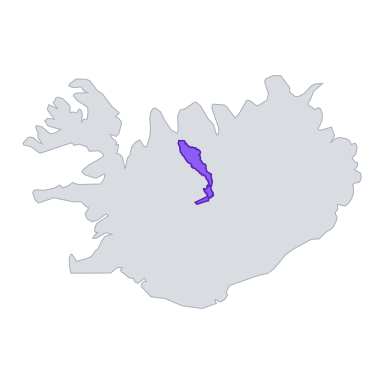 Akrahreppur, Norðurland vestra, Iceland shown in context
{"feature_id": "244011B74034306834774", "entity_name": "Akrahreppur", "entity_type": "district", "adm_level": 2, "iso_a3": "ISL", "parent_name": "Iceland", "parent_adm1": "Norðurland vestra", "projection": "orthographic", "projection_center": [-18.727, 65.238], "detail": "fine", "context": "in_parent", "style": "filled", "palette": "violet", "viewbox_px": 384, "rotation_deg": 0, "n_neighbors": 0, "source": "geoboundaries", "source_scale": "gbopen_adm2", "svg_char_len": 8638}
<svg xmlns="http://www.w3.org/2000/svg" viewBox="0 0 384 384"><path d="M295.0,96.4L298.4,96.5L303.9,93.7L311.5,85.8L314.8,84.0L322.5,83.5L313.6,91.3L310.5,99.4L308.1,103.4L308.3,105.1L315.2,109.5L318.3,107.7L319.8,108.3L321.2,110.4L322.4,114.9L322.1,119.6L320.4,124.4L318.1,128.5L318.5,129.7L320.7,130.2L331.6,127.1L333.3,132.7L334.4,134.6L334.2,136.5L330.2,143.0L335.2,138.7L339.2,137.4L346.5,138.8L349.5,140.8L351.5,144.6L355.0,143.1L356.7,145.2L357.0,147.5L355.9,154.2L352.0,157.8L354.9,162.3L357.0,162.3L357.5,163.3L357.5,166.2L354.5,169.7L360.2,172.9L361.0,174.2L361.0,178.5L360.2,180.9L358.7,182.5L354.8,183.0L352.5,184.7L353.5,187.3L353.3,194.4L350.6,200.5L347.9,203.8L345.2,206.0L337.2,204.3L337.8,209.3L335.2,212.6L335.9,215.1L337.0,216.4L336.7,219.7L333.5,226.8L331.0,229.2L326.1,232.2L319.0,238.9L311.4,239.3L293.3,249.1L286.1,254.3L273.4,269.3L267.9,273.3L258.4,275.4L229.7,285.5L226.5,291.2L226.3,292.5L227.6,294.6L225.5,298.7L221.1,301.7L219.0,301.7L215.4,299.3L214.9,300.4L216.4,303.4L202.1,308.5L182.3,305.8L164.9,298.5L151.0,296.8L141.5,286.8L141.3,285.2L142.4,282.3L146.0,281.2L144.4,278.1L138.3,283.1L136.4,282.9L134.0,280.7L134.0,278.7L129.1,277.8L120.9,271.2L120.3,269.8L122.4,267.8L122.1,267.4L117.5,267.5L110.6,273.0L71.2,273.2L70.0,270.1L69.1,258.8L70.7,254.2L72.3,254.7L76.5,261.3L87.2,258.4L91.6,256.2L95.8,250.3L98.2,248.5L101.7,240.9L105.1,236.3L111.8,234.3L106.0,232.7L95.9,238.4L92.6,238.3L94.3,235.6L97.8,232.7L95.5,232.4L94.7,231.0L94.7,228.1L96.7,223.5L108.5,215.8L105.9,214.1L97.7,220.0L91.8,221.9L87.2,218.8L85.2,214.7L85.5,213.1L88.5,208.3L88.1,207.3L86.2,206.7L81.4,201.8L73.4,201.8L53.8,197.8L38.5,203.0L35.1,199.8L32.7,193.2L33.5,190.8L36.2,189.7L43.4,190.4L54.3,188.3L59.5,185.0L61.3,186.0L62.1,187.9L68.8,185.6L72.5,182.6L78.3,184.5L100.5,184.0L103.6,179.9L105.0,174.9L104.5,173.9L96.2,178.1L94.4,177.9L85.1,174.9L81.9,172.0L83.1,169.8L88.4,165.3L101.4,157.9L103.2,156.4L103.5,154.5L98.7,150.8L89.2,151.3L87.1,147.1L79.4,144.2L74.1,145.4L71.5,142.8L40.0,153.3L30.5,146.5L23.5,144.9L23.0,143.0L27.7,137.8L30.6,137.0L33.4,137.8L38.4,142.2L42.1,143.7L37.9,137.6L38.1,132.0L36.8,130.5L35.7,126.7L36.4,125.5L41.9,126.8L50.3,133.8L54.8,133.0L60.7,129.4L48.2,126.1L44.7,120.8L47.7,118.4L54.2,119.2L47.6,110.0L47.4,108.4L48.9,104.7L57.7,108.7L53.3,103.2L53.3,102.1L54.7,101.2L55.7,98.1L58.1,97.1L62.5,98.5L69.2,104.9L70.1,106.7L70.0,112.7L72.9,112.0L76.2,113.0L79.2,109.1L81.1,110.2L82.3,114.0L81.6,122.0L83.8,119.3L87.1,119.3L88.0,112.7L87.7,107.3L77.2,100.5L73.3,95.8L73.9,94.3L76.1,93.1L87.4,92.7L82.7,89.8L81.7,87.0L73.2,87.5L68.9,86.1L68.9,84.7L70.8,82.8L76.2,79.0L86.0,79.3L89.9,80.7L96.9,90.2L102.8,94.3L112.4,107.2L118.8,112.2L119.1,113.4L117.9,114.8L115.3,116.4L119.1,118.7L121.4,122.0L121.5,123.4L118.9,133.3L116.3,136.4L110.2,134.3L111.5,137.5L115.8,141.1L116.7,143.0L115.9,144.9L118.1,144.4L118.7,145.5L117.5,151.1L116.3,153.1L119.9,154.4L122.4,157.3L125.0,168.9L127.0,160.2L128.0,157.0L129.6,155.8L131.7,146.9L136.0,141.8L139.9,139.9L143.7,146.3L146.6,147.0L149.9,136.1L150.5,128.0L149.8,119.1L150.5,112.7L152.5,109.0L155.1,107.9L160.5,111.8L164.9,120.7L171.6,130.4L176.4,132.9L177.3,132.6L178.2,129.5L177.6,116.8L179.9,110.1L185.6,108.5L194.1,102.4L196.1,102.2L200.3,105.7L207.9,118.4L213.3,124.3L216.2,133.7L217.5,135.5L218.7,132.5L218.8,128.3L212.1,108.9L212.0,106.2L212.6,104.1L224.3,105.0L227.0,107.2L235.3,118.1L239.2,113.5L246.8,100.2L249.6,100.5L256.5,105.7L259.1,105.1L266.9,100.1L268.4,93.9L264.6,81.5L265.9,78.9L273.0,75.5L280.8,75.8L289.4,87.0L290.0,92.4L295.0,96.4Z" fill="#d9dde1" stroke="#a8b0b8" stroke-width="1"/><path d="M195.2,202.4L197.0,204.2L206.9,201.0L208.3,200.8L208.2,200.4L208.5,200.1L208.5,199.9L208.5,199.6L208.5,199.4L208.9,199.0L208.9,198.9L208.8,198.7L208.7,198.6L208.7,198.4L208.8,198.2L208.7,198.0L208.7,197.8L208.8,197.6L209.2,197.5L210.1,197.4L210.3,197.6L210.6,197.7L210.8,197.7L211.4,197.4L211.6,197.2L211.7,196.9L211.6,196.7L211.6,196.3L211.8,196.0L211.9,195.9L212.0,195.8L212.1,195.7L212.1,195.9L212.3,195.8L212.7,195.9L212.9,195.7L213.0,195.6L213.4,195.6L213.5,195.5L213.3,195.2L213.2,195.1L213.0,194.7L213.1,194.3L212.9,194.1L213.0,193.9L213.0,193.5L213.2,193.3L213.2,193.1L212.7,192.9L212.7,192.7L212.6,192.4L212.7,192.2L212.5,191.9L212.4,191.8L212.2,191.7L211.9,191.2L211.6,191.0L211.6,190.6L211.5,190.3L211.4,190.2L211.4,189.8L211.4,189.5L211.3,189.3L211.2,189.1L211.0,188.9L210.9,187.8L210.9,187.6L212.4,182.0L211.4,177.8L211.1,177.1L211.1,175.6L211.2,175.4L211.3,174.8L211.3,174.7L211.5,174.5L211.4,174.3L210.8,173.9L206.7,171.5L206.7,170.9L205.9,168.1L205.9,167.8L206.0,167.1L205.9,165.7L205.9,165.4L205.6,164.6L205.4,164.4L205.1,164.2L204.4,164.0L203.2,163.7L202.9,163.6L202.1,162.3L201.3,160.9L200.3,159.8L200.3,159.3L200.3,159.1L200.4,158.6L200.5,158.2L200.4,157.9L200.4,157.4L200.3,157.2L200.1,156.9L200.0,156.7L200.0,156.4L200.1,156.2L200.1,155.9L200.1,155.7L199.8,155.5L199.4,155.5L199.1,155.4L198.9,155.2L199.0,154.9L199.0,154.6L199.2,154.3L200.3,153.5L200.4,153.3L200.5,153.1L200.5,152.8L200.4,152.2L200.2,151.6L199.9,151.0L199.6,150.5L198.9,150.1L198.5,150.0L198.4,150.0L198.2,150.0L198.3,149.9L198.3,149.7L197.7,149.4L197.2,149.6L196.8,149.6L196.5,149.3L196.4,149.0L196.5,148.7L196.4,148.6L196.2,148.4L195.7,148.3L195.6,148.2L195.5,147.8L195.4,147.7L195.1,147.8L194.6,147.7L193.9,147.8L192.5,147.1L192.3,147.1L191.8,147.5L191.3,147.3L191.1,147.1L190.9,147.0L190.7,147.1L190.3,147.4L190.0,147.3L189.8,147.2L189.7,147.0L189.6,146.8L188.5,146.0L188.4,146.0L188.1,146.0L187.9,146.0L187.9,145.9L187.9,145.6L187.5,145.3L187.3,144.8L186.8,144.4L186.7,143.8L186.5,143.6L186.3,143.6L185.6,143.7L185.3,143.7L185.3,143.4L185.6,142.9L185.6,142.7L185.2,142.0L184.9,141.7L184.5,141.0L184.1,140.7L181.9,140.6L180.3,140.8L179.5,140.7L179.3,140.6L178.7,140.6L178.7,140.8L178.9,141.0L178.8,141.4L178.8,141.6L178.7,141.8L178.7,142.2L178.7,142.3L178.5,142.5L178.5,142.8L178.4,142.9L178.3,143.2L178.2,143.6L178.6,144.6L178.8,144.9L178.9,145.1L179.4,145.4L179.5,145.8L179.5,146.0L179.7,146.7L179.7,146.9L180.0,147.2L179.9,147.4L180.0,147.7L180.1,147.9L180.1,148.1L179.8,148.5L179.8,148.9L179.8,149.1L180.0,149.5L180.4,152.0L180.7,152.4L181.2,152.6L181.2,152.8L181.3,153.0L181.7,153.6L182.0,154.6L182.4,155.1L183.3,155.6L183.5,155.8L183.9,156.4L184.1,156.6L184.1,156.9L184.1,157.1L184.3,157.4L184.5,157.6L185.0,158.1L185.3,158.6L185.3,158.8L185.3,159.0L185.5,159.2L185.7,159.5L185.9,159.7L186.1,160.1L186.3,160.2L186.5,160.5L186.8,160.8L187.2,161.0L187.2,161.4L187.2,161.5L187.3,161.5L187.4,161.9L187.5,162.0L187.8,162.4L188.0,162.4L188.2,162.6L188.3,162.6L188.7,162.7L189.1,162.9L189.5,163.2L189.8,163.2L189.9,163.4L190.2,163.5L190.3,163.7L190.7,163.9L190.9,164.2L191.0,164.3L191.0,164.5L191.2,164.9L191.3,165.0L191.6,165.3L191.7,165.6L191.9,165.8L191.6,165.9L191.4,166.0L191.3,166.3L191.6,166.7L191.6,166.8L191.9,167.0L192.0,167.3L193.3,168.2L194.5,168.0L194.9,168.4L195.5,169.1L196.1,169.6L196.6,169.9L196.9,170.4L197.2,170.7L197.6,170.9L198.1,171.1L198.7,171.4L198.9,171.6L199.3,172.2L199.4,172.6L199.4,172.9L199.9,173.0L201.4,174.2L201.7,174.7L202.0,174.2L202.2,174.4L202.4,174.7L202.7,174.7L203.1,175.0L203.4,175.4L203.6,175.5L203.9,175.8L204.1,175.8L204.9,175.9L205.4,176.1L205.7,176.4L205.7,176.6L205.8,176.8L205.8,177.1L205.9,177.6L205.9,177.8L205.9,178.1L206.0,178.3L206.2,178.6L206.4,178.9L206.5,179.1L206.9,179.6L207.1,179.7L207.3,179.9L207.4,180.2L207.4,180.3L207.5,180.4L207.8,180.3L207.8,180.6L208.2,180.8L208.2,181.1L208.5,181.2L208.5,181.3L208.4,181.5L208.4,181.8L208.5,182.0L208.4,182.1L208.6,182.4L208.6,182.5L208.4,182.5L208.5,182.7L208.6,182.9L208.6,183.0L208.7,183.3L208.7,183.5L208.8,183.8L208.8,184.2L209.0,184.3L209.0,184.6L209.4,185.1L209.8,185.2L209.8,185.4L209.9,185.6L209.8,185.8L209.6,186.1L209.1,186.2L208.9,186.3L208.5,186.1L208.1,186.2L207.9,186.2L207.7,186.0L207.6,185.7L207.5,185.4L207.3,185.6L207.2,185.7L207.1,185.8L206.9,185.9L207.0,186.3L207.1,186.5L207.1,186.9L207.3,187.2L207.2,187.2L207.1,187.5L206.8,187.8L206.8,188.0L206.7,188.1L206.4,188.3L206.2,188.5L206.1,188.8L205.8,189.0L205.5,189.0L205.3,189.2L205.2,189.3L205.1,189.2L204.6,189.1L204.4,189.0L204.3,188.9L204.2,188.7L203.9,188.6L203.8,188.9L203.7,188.9L203.8,189.4L203.8,189.6L203.9,189.8L204.1,190.1L204.1,190.3L204.0,190.5L204.3,190.8L204.5,191.1L204.6,191.3L204.7,191.6L204.9,191.8L205.0,192.1L205.3,192.3L205.5,192.5L205.7,192.9L205.7,193.0L205.8,193.1L206.5,193.3L206.5,193.5L206.8,193.7L206.8,194.0L206.8,194.3L206.8,194.6L206.8,194.9L206.9,195.0L207.1,195.0L207.4,195.2L207.5,195.3L207.7,195.6L207.8,195.7L207.7,195.9L207.7,196.2L207.4,196.2L207.4,196.4L207.4,196.6L206.8,196.8L195.2,202.4Z" fill="#8b5cf6" stroke="#5b21b6" stroke-width="1.5"/></svg>